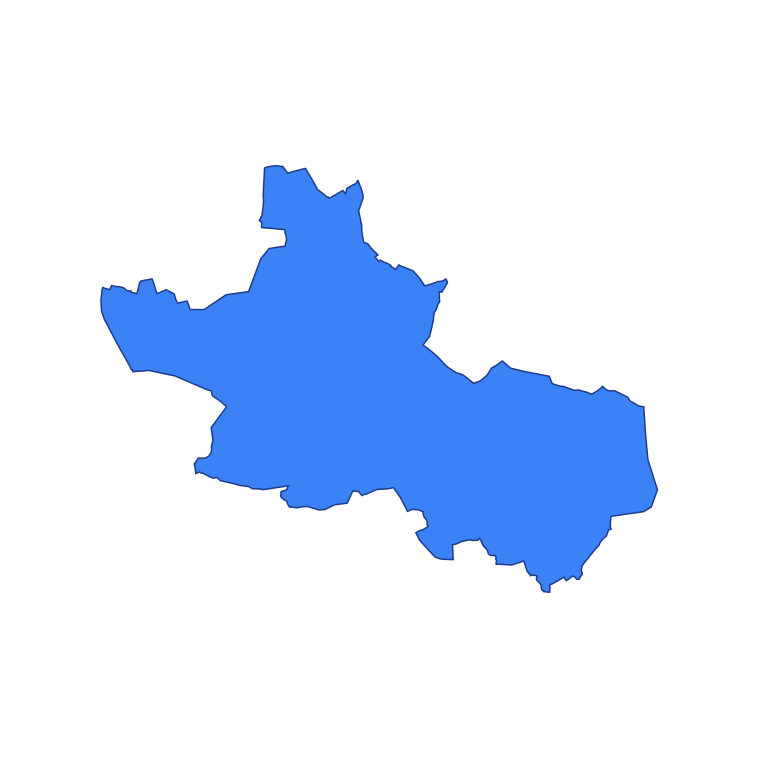 the district of Idemili North, Anambra, Nigeria, rotated 28°
{"feature_id": "59680162B93345317219884", "entity_name": "Idemili North", "entity_type": "district", "adm_level": 2, "iso_a3": "NGA", "parent_name": "Nigeria", "parent_adm1": "Anambra", "projection": "albers", "projection_center": [6.891, 6.127], "detail": "fine", "context": "isolated", "style": "filled", "palette": "blue", "viewbox_px": 768, "rotation_deg": 28, "n_neighbors": 0, "source": "geoboundaries", "source_scale": "gbopen_adm2", "svg_char_len": 4807}
<svg xmlns="http://www.w3.org/2000/svg" viewBox="0 0 768 768"><g transform="rotate(28 384 384)"><path d="M628.0,490.1L626.5,486.5L624.7,484.0L625.0,483.5L625.0,482.7L626.2,481.8L633.7,470.0L637.2,472.1L638.8,469.4L640.5,465.3L641.0,464.9L642.6,464.8L643.8,465.0L644.7,465.5L645.6,465.8L646.1,465.7L647.3,465.2L648.2,464.5L647.8,463.6L647.9,462.7L647.9,461.5L648.4,459.6L648.1,458.2L647.5,457.6L646.4,456.8L645.3,455.1L644.2,451.4L648.1,430.6L649.6,425.1L649.2,422.7L649.9,418.8L650.4,416.9L651.7,413.9L651.3,411.0L650.9,407.4L652.6,405.5L651.0,404.1L648.8,399.8L646.5,394.3L673.2,374.8L677.7,367.2L675.1,349.0L652.5,326.9L638.2,305.1L624.5,283.0L624.3,282.2L619.3,283.8L611.6,283.4L610.0,283.6L608.6,283.1L605.6,281.3L596.2,281.5L590.9,281.6L589.4,282.5L585.9,284.4L582.4,284.7L578.1,283.4L577.6,285.3L575.8,289.5L572.5,295.1L572.2,295.4L566.3,296.2L562.1,297.3L559.6,297.5L554.9,300.2L543.4,301.9L540.3,303.4L532.4,304.7L526.3,299.6L501.2,307.3L488.3,310.6L477.7,308.1L474.2,315.1L471.4,319.6L470.9,327.8L467.6,336.0L462.9,341.3L451.0,339.1L448.1,339.0L442.6,340.0L439.2,339.9L430.6,339.0L419.1,334.9L407.9,332.4L400.3,331.3L400.7,327.4L401.9,320.6L399.9,312.8L397.8,305.0L395.9,300.5L394.9,297.3L395.0,292.8L394.2,288.0L394.5,285.2L392.9,282.6L389.5,276.7L392.0,275.8L392.4,266.8L392.3,264.4L389.4,262.2L387.3,265.6L384.4,267.8L383.6,268.0L381.9,270.3L379.0,273.3L373.9,278.2L370.7,276.6L367.5,274.7L362.8,272.7L356.4,270.5L352.7,270.8L349.6,271.2L344.5,271.8L341.2,271.9L340.6,276.1L340.4,277.6L339.2,277.2L337.2,277.0L334.7,276.9L334.4,276.1L332.9,276.1L332.3,275.9L330.6,276.0L328.7,276.2L326.0,276.5L323.1,276.4L322.7,276.4L322.3,276.6L322.0,277.2L321.4,278.2L318.0,276.7L316.4,276.0L318.0,272.9L313.2,271.4L311.2,270.8L309.8,270.4L308.2,269.9L306.7,269.1L304.0,267.9L299.4,268.3L293.3,260.5L289.6,254.1L280.3,243.0L278.2,229.4L276.4,226.7L272.4,222.4L265.5,216.6L265.1,218.0L265.5,219.5L262.6,223.5L259.4,228.8L259.7,229.7L260.6,234.1L256.8,232.4L248.8,245.3L248.6,245.6L248.3,245.7L246.7,245.1L246.2,245.8L243.6,245.1L233.6,243.3L228.4,239.6L213.5,230.5L208.4,235.0L199.9,243.0L192.3,239.4L191.3,240.1L187.4,241.4L184.1,243.3L180.3,246.1L177.1,249.3L189.3,275.2L191.4,278.2L194.3,284.8L197.1,292.3L197.1,298.2L200.1,298.8L202.5,303.3L224.0,294.2L225.6,296.9L227.9,298.9L230.5,302.8L231.1,306.5L232.1,308.5L218.9,318.4L216.4,331.2L221.1,366.0L202.7,379.3L190.2,402.7L177.9,409.3L171.3,403.2L169.1,404.9L163.9,409.4L161.4,407.9L156.4,403.0L147.3,403.0L141.3,410.8L137.3,407.2L134.3,404.0L129.9,400.1L125.3,403.8L123.8,404.8L121.8,406.6L121.0,407.4L120.8,408.4L120.7,409.1L121.0,410.5L121.8,413.6L122.8,417.8L123.5,420.1L117.4,421.8L116.8,420.6L113.7,422.2L111.9,422.0L109.0,421.3L107.0,421.6L104.6,422.4L101.6,423.7L97.2,425.0L97.5,428.4L97.5,429.6L90.3,430.9L90.6,432.1L90.8,433.0L94.9,443.2L100.6,452.5L106.5,458.0L129.9,474.0L152.6,488.5L154.1,489.9L155.0,489.6L156.5,491.0L170.1,482.4L195.7,475.0L230.7,472.1L234.6,471.0L237.8,474.9L248.1,476.1L255.7,478.0L251.9,503.7L259.4,514.0L259.9,515.9L260.9,520.0L262.7,523.1L263.6,525.7L263.2,529.7L260.9,533.5L256.7,535.6L254.7,536.7L254.6,539.7L254.0,543.7L257.4,547.8L259.9,551.4L262.8,548.1L264.2,548.5L266.0,547.8L270.4,547.8L273.6,547.7L277.4,547.4L280.5,544.9L284.7,546.2L292.8,544.0L298.9,542.3L303.7,541.4L312.6,538.1L317.1,538.2L322.0,535.7L327.4,533.7L339.1,524.9L342.4,522.6L345.8,519.8L347.7,518.9L347.3,521.4L347.9,522.9L347.1,523.7L345.2,525.7L343.9,527.0L343.7,528.0L345.0,529.7L345.1,531.1L346.4,532.2L346.9,532.7L347.7,532.5L349.9,533.1L352.1,533.1L354.0,533.5L354.2,534.4L357.1,536.5L358.1,536.3L358.4,536.9L365.4,534.1L369.9,530.5L373.9,528.1L379.9,526.8L384.9,526.0L387.3,524.8L390.8,522.5L397.2,513.7L407.4,506.6L406.7,493.2L411.9,490.9L417.0,492.9L418.0,491.3L420.2,489.4L427.2,480.5L436.5,474.8L441.0,471.1L452.0,476.7L464.6,485.4L467.6,481.5L473.7,478.9L478.3,478.5L479.8,480.7L481.8,482.6L485.3,484.2L487.1,485.5L487.8,487.7L489.9,489.0L487.2,493.7L484.1,497.0L481.9,500.3L488.5,505.0L493.0,506.8L503.1,510.3L510.4,512.8L515.3,512.2L520.4,510.1L527.5,506.6L522.3,497.6L519.9,493.8L523.0,491.2L523.4,490.7L526.4,486.7L530.6,483.1L532.6,481.4L535.8,480.5L538.1,479.0L540.1,478.1L540.8,475.4L543.2,476.8L547.0,479.9L548.4,480.6L550.2,481.0L552.5,481.9L554.8,483.6L555.4,484.5L555.8,485.0L558.2,485.3L558.6,485.3L559.5,484.9L562.5,483.4L563.5,483.8L564.5,484.5L564.8,485.6L564.7,486.0L566.2,487.0L566.5,487.8L566.8,488.6L567.1,489.6L567.4,490.3L567.8,490.5L568.6,490.1L568.9,489.7L581.7,483.9L590.5,474.7L598.6,482.3L599.3,482.7L600.1,482.6L601.2,483.5L602.1,483.7L602.9,483.6L603.3,484.4L604.2,483.5L606.3,482.6L608.2,481.7L609.2,481.6L610.1,484.7L611.1,485.4L611.8,485.9L612.4,486.1L614.1,486.3L617.1,487.8L618.7,490.3L620.1,491.7L622.1,491.7L622.3,492.4L628.0,490.1Z" fill="#3b82f6" stroke="#1e3a8a" stroke-width="1.5"/></g></svg>